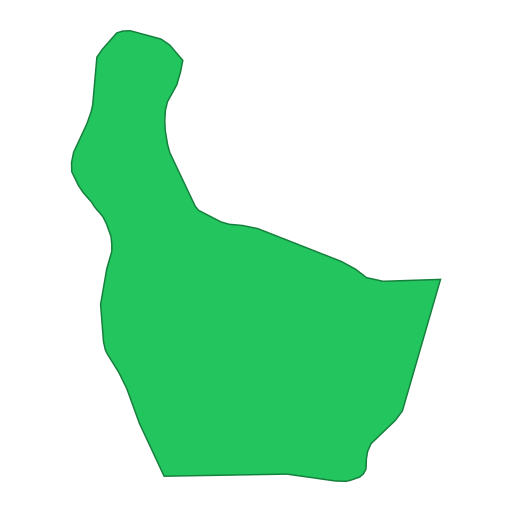 the border of Nonthaburi
{"feature_id": "THA-417", "entity_name": "Nonthaburi", "entity_type": "Province", "adm_level": 1, "iso_a3": "THA", "parent_name": "Thailand", "parent_adm1": "", "projection": "mercator", "projection_center": [100.359, 13.966], "detail": "fine", "context": "isolated", "style": "filled", "palette": "green", "viewbox_px": 512, "rotation_deg": 0, "n_neighbors": 0, "source": "natural_earth", "source_scale": "10m", "svg_char_len": 900}
<svg xmlns="http://www.w3.org/2000/svg" viewBox="0 0 512 512"><path d="M130.1,30.7L161.1,39.1L169.8,45.1L182.8,60.4L180.5,72.1L176.8,84.8L167.4,101.9L165.4,110.4L164.8,120.3L165.2,130.2L167.6,144.6L169.8,152.7L195.2,206.2L198.5,210.3L220.9,221.9L229.3,224.3L242.6,225.5L257.7,228.6L341.6,261.6L355.7,269.3L366.4,277.6L383.1,281.3L440.5,279.4L402.4,410.9L395.3,420.4L371.0,443.7L367.6,451.4L366.4,458.8L366.0,469.0L363.4,473.9L359.7,477.0L350.7,480.2L346.0,481.3L335.6,481.0L286.9,474.1L164.1,476.2L139.4,423.3L126.7,388.4L118.7,372.2L107.1,353.6L105.2,349.4L103.5,341.6L100.6,304.4L106.8,268.6L111.8,251.4L111.8,244.4L111.0,236.4L106.4,223.7L103.1,217.1L99.8,212.9L96.9,209.8L93.9,205.9L91.7,202.3L83.2,192.6L78.4,185.4L71.8,171.9L71.5,162.7L73.6,152.3L86.9,123.8L91.1,111.9L92.7,104.8L96.9,57.1L102.6,49.0L116.7,33.0L122.4,31.1L130.1,30.7Z" fill="#22c55e" stroke="#15803d" stroke-width="1.5"/></svg>